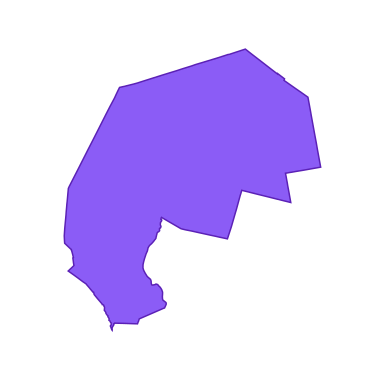 the district of Zaragoza, Coahuila, Mexico, rotated 100°
{"feature_id": "50627088B39725244996961", "entity_name": "Zaragoza", "entity_type": "district", "adm_level": 2, "iso_a3": "MEX", "parent_name": "Mexico", "parent_adm1": "Coahuila", "projection": "orthographic", "projection_center": [-101.085, 28.874], "detail": "fine", "context": "isolated", "style": "filled", "palette": "violet", "viewbox_px": 384, "rotation_deg": 100, "n_neighbors": 0, "source": "geoboundaries", "source_scale": "gbopen_adm2", "svg_char_len": 3741}
<svg xmlns="http://www.w3.org/2000/svg" viewBox="0 0 384 384"><g transform="rotate(100 192 192)"><path d="M42.0,164.3L49.4,178.1L49.7,178.5L50.6,181.0L50.9,181.4L55.7,190.5L62.4,203.7L65.9,210.7L68.0,214.4L72.0,222.2L73.7,225.4L75.0,227.8L81.8,241.1L86.9,250.9L87.9,252.8L92.6,261.8L94.1,264.6L95.0,266.5L95.8,268.2L96.6,270.0L98.4,274.0L98.9,275.2L99.5,276.4L100.2,278.2L101.0,280.1L101.6,281.5L104.6,282.4L107.5,283.2L109.3,283.7L112.4,284.5L113.4,284.8L122.6,287.8L130.7,290.3L143.6,294.2L157.1,298.3L168.4,301.8L171.4,302.7L190.5,308.5L208.0,313.9L209.9,314.4L222.9,313.3L226.0,313.1L229.1,312.8L232.8,312.5L236.5,312.1L250.0,311.0L251.8,310.8L256.4,310.3L257.4,310.2L257.8,310.1L262.2,309.1L264.6,308.5L267.2,304.6L269.2,301.6L269.7,300.9L269.8,300.9L270.0,300.8L269.9,300.7L274.2,298.7L277.2,297.4L277.6,297.9L279.5,297.3L280.7,296.9L282.1,296.5L284.9,295.5L286.6,296.7L287.7,297.5L288.5,298.1L289.5,298.9L290.8,299.8L291.3,300.2L294.1,294.3L296.7,289.0L296.9,288.7L297.2,288.0L298.1,286.3L299.3,283.9L300.0,282.3L300.9,280.4L301.0,280.2L301.7,279.5L303.4,277.4L305.7,274.7L308.0,271.9L307.8,271.5L309.3,270.8L309.9,270.6L310.0,270.5L313.2,266.8L317.8,261.2L318.5,260.8L318.4,260.2L318.6,259.8L318.6,259.7L318.8,259.3L318.9,259.2L319.0,259.2L319.3,259.1L319.5,259.0L319.9,258.8L320.0,258.5L320.6,258.2L321.4,258.0L323.8,257.8L324.8,256.6L325.5,256.0L326.6,255.6L327.2,255.0L327.7,254.6L328.5,253.3L329.1,253.3L329.4,253.2L330.8,251.9L331.0,251.7L331.5,251.6L332.8,251.5L333.1,250.8L333.2,250.5L334.2,249.9L335.0,248.9L336.2,248.6L336.6,248.5L337.0,248.5L337.6,249.1L338.5,249.0L339.2,248.4L340.2,247.9L341.0,247.4L341.7,247.0L341.9,246.7L342.0,246.6L341.8,246.6L339.8,247.1L338.6,246.8L336.6,246.0L336.3,246.0L335.5,246.2L335.3,245.9L335.1,245.6L334.6,245.5L333.3,236.9L333.0,234.8L331.9,226.9L331.3,222.8L329.1,222.4L328.6,222.2L328.2,222.2L326.1,221.9L318.7,210.7L311.4,199.7L311.0,198.9L308.4,198.2L306.7,197.9L305.4,198.4L304.5,200.0L303.5,201.9L302.3,202.5L300.2,203.0L297.4,203.3L295.7,203.6L293.4,204.9L291.4,206.7L290.2,208.5L289.1,209.7L288.9,211.3L289.0,211.3L289.6,212.4L290.5,214.5L290.4,215.5L289.0,216.3L286.8,216.8L285.2,217.7L284.8,218.4L284.3,219.2L284.0,219.7L283.0,221.4L280.1,224.0L277.5,226.0L275.3,227.1L272.1,227.6L269.2,227.5L265.9,227.2L262.5,226.7L261.7,226.6L261.0,226.5L257.8,225.7L255.7,225.6L254.7,225.6L252.8,224.9L251.3,224.0L250.0,222.9L248.1,221.7L246.5,220.8L245.9,220.6L245.0,220.0L243.9,219.5L243.2,219.5L242.2,219.5L241.8,219.4L240.9,219.4L240.7,219.4L239.7,219.3L238.7,219.3L237.9,219.0L237.5,218.8L237.4,218.7L237.0,218.0L236.8,217.9L236.6,217.7L236.2,217.5L235.8,217.2L235.5,217.2L235.1,217.4L234.6,217.5L234.3,217.5L234.1,217.6L233.9,217.7L233.7,217.6L233.4,217.5L233.2,217.4L233.1,217.1L232.8,216.8L232.0,216.6L231.7,216.6L231.3,216.6L231.2,216.6L230.7,216.9L230.4,217.1L230.1,217.4L229.7,217.5L229.3,217.6L229.0,217.6L228.7,217.6L228.4,217.7L227.9,217.8L227.5,217.6L226.6,217.4L226.0,217.0L225.6,216.9L225.2,216.9L224.9,216.9L224.6,217.1L224.3,217.9L224.0,217.9L222.8,217.8L222.3,217.6L224.7,211.1L227.6,203.2L228.3,201.3L230.1,196.4L230.2,195.0L230.4,191.4L230.5,185.6L230.8,179.1L231.4,164.3L231.5,161.2L231.7,157.5L231.8,154.0L231.9,151.4L232.0,149.0L219.4,147.2L211.9,146.4L204.3,145.6L201.9,145.3L186.9,143.9L184.8,143.6L184.7,143.6L181.7,143.3L182.8,127.9L183.6,116.1L184.3,106.3L185.2,92.9L174.3,96.9L169.0,98.9L166.9,99.6L164.0,100.7L161.2,101.7L157.3,103.2L156.0,99.6L155.9,99.5L155.5,98.1L153.6,92.9L151.4,86.6L146.8,74.0L145.2,69.6L128.0,76.0L122.4,78.0L114.7,80.9L95.8,87.9L91.9,89.3L78.5,94.3L75.2,101.3L72.3,107.6L66.1,120.8L64.5,120.5L60.5,128.2L61.0,128.2L58.0,134.0L51.2,146.9L45.6,157.6L44.1,160.4L42.0,164.3Z" fill="#8b5cf6" stroke="#5b21b6" stroke-width="1.5"/></g></svg>